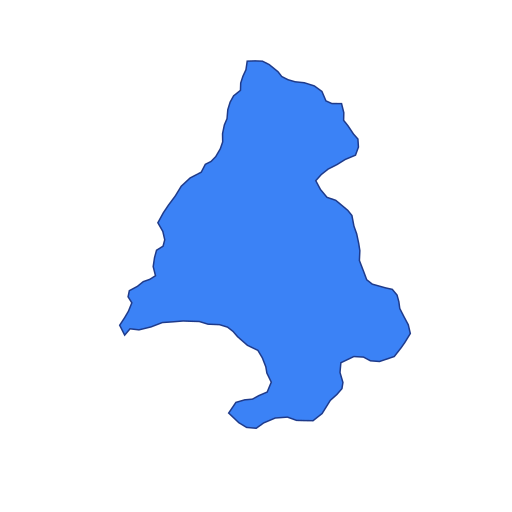 Ariranha, São Paulo, Brazil, rotated 238°
{"feature_id": "56859067B77779450853304", "entity_name": "Ariranha", "entity_type": "district", "adm_level": 2, "iso_a3": "BRA", "parent_name": "Brazil", "parent_adm1": "São Paulo", "projection": "mercator", "projection_center": [-48.779, -21.178], "detail": "fine", "context": "isolated", "style": "filled", "palette": "blue", "viewbox_px": 512, "rotation_deg": 238, "n_neighbors": 0, "source": "geoboundaries", "source_scale": "gbopen_adm2", "svg_char_len": 1795}
<svg xmlns="http://www.w3.org/2000/svg" viewBox="0 0 512 512"><g transform="rotate(238 256 256)"><path d="M354.8,229.6L349.6,219.2L345.6,208.9L341.8,200.4L336.2,190.4L326.2,190.0L318.1,187.2L313.6,182.4L313.6,174.7L308.4,169.1L301.5,163.2L292.5,160.3L292.5,153.5L294.0,146.8L293.1,139.4L293.7,130.2L289.2,125.9L282.1,125.9L276.8,118.6L273.4,112.1L269.5,103.7L258.5,102.7L261.0,110.6L255.4,117.6L251.5,129.4L249.2,141.3L244.2,150.7L239.5,159.8L235.1,166.3L230.5,173.2L223.6,179.2L217.1,188.7L210.7,194.2L204.1,196.6L197.4,197.6L184.8,201.4L175.0,207.6L166.2,207.4L156.8,205.6L151.0,203.2L140.9,202.1L134.7,193.4L136.1,184.4L136.5,177.1L140.0,170.2L142.5,161.4L137.3,149.6L123.7,153.1L115.6,157.2L109.8,164.9L110.4,174.0L108.4,186.5L102.7,197.3L95.1,203.3L90.6,210.1L86.1,217.1L87.4,228.6L94.2,242.5L95.7,251.2L98.0,258.6L102.7,262.7L112.7,265.5L120.5,271.4L118.9,285.7L113.3,293.6L106.5,297.5L101.1,304.8L97.5,320.0L101.3,330.5L103.8,336.4L108.5,345.8L117.0,348.7L126.0,349.3L135.3,350.1L141.5,352.9L148.1,354.9L155.5,353.9L160.4,348.9L170.5,339.7L177.2,337.3L185.0,338.9L197.4,341.3L205.5,346.9L212.1,349.7L221.4,353.1L229.5,354.9L239.5,358.8L246.1,358.0L253.5,355.6L261.0,353.1L268.1,347.3L278.2,345.9L288.2,346.6L290.5,354.5L291.5,363.3L290.6,373.3L290.6,382.8L288.8,393.8L294.1,400.6L301.2,404.4L307.8,403.3L317.8,403.0L324.6,402.2L331.0,406.4L339.9,409.3L345.1,401.1L350.5,397.5L360.6,399.1L369.3,395.6L377.4,388.7L383.0,381.5L388.6,376.5L394.6,372.9L400.6,372.3L411.4,368.6L417.8,364.7L421.9,358.7L425.9,351.8L419.3,346.2L415.4,340.2L410.8,334.7L404.7,330.6L403.7,321.9L400.2,315.6L395.0,309.6L387.8,304.2L383.9,298.6L377.4,292.4L370.4,288.2L365.8,282.5L361.6,274.5L360.0,268.0L360.6,261.6L356.1,254.0L357.1,241.5L354.8,229.6Z" fill="#3b82f6" stroke="#1e3a8a" stroke-width="1.5"/></g></svg>